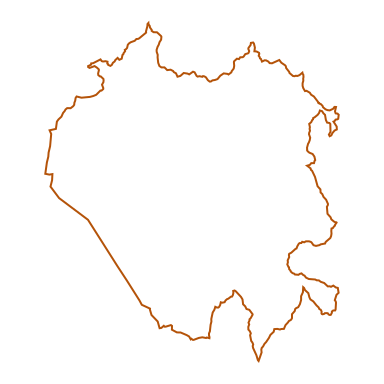 Morropon, Piura, Peru (Natural Earth projection)
{"feature_id": "86281439B77649611838615", "entity_name": "Morropon", "entity_type": "district", "adm_level": 2, "iso_a3": "PER", "parent_name": "Peru", "parent_adm1": "Piura", "projection": "natural_earth1", "projection_center": [-79.876, -5.271], "detail": "fine", "context": "isolated", "style": "outline", "palette": "amber", "viewbox_px": 384, "rotation_deg": 0, "n_neighbors": 0, "source": "geoboundaries", "source_scale": "gbopen_adm2", "svg_char_len": 5893}
<svg xmlns="http://www.w3.org/2000/svg" viewBox="0 0 384 384"><path d="M148.4,23.0L147.5,24.0L147.4,26.1L146.0,31.4L146.1,32.6L139.1,38.4L138.1,38.9L136.4,39.0L134.7,40.8L130.6,42.3L128.9,43.5L127.8,44.8L127.1,47.9L126.0,49.2L124.8,49.9L125.1,51.2L123.5,53.3L123.3,54.3L122.5,54.9L121.7,58.7L119.3,59.8L117.6,57.9L115.2,60.2L114.7,61.4L112.9,62.8L111.8,64.9L110.4,65.9L108.2,64.9L107.8,63.7L107.3,63.5L107.5,61.7L105.6,61.2L103.0,61.5L101.7,61.1L100.5,59.4L93.1,63.2L91.2,63.4L91.0,64.7L88.1,66.1L88.2,67.1L89.6,67.9L94.6,66.1L97.0,67.7L98.8,69.4L98.9,70.2L98.1,73.5L98.3,75.1L99.9,76.4L100.7,76.4L103.4,78.9L103.6,80.2L103.4,82.2L102.0,84.7L103.3,88.1L103.2,89.1L101.5,90.6L100.4,90.6L96.2,94.8L93.3,96.0L90.0,96.9L81.5,97.7L76.6,96.5L75.6,98.0L75.2,100.7L74.4,102.7L74.2,104.8L73.2,106.2L70.6,108.2L67.2,108.1L65.5,109.5L64.7,111.0L63.1,112.9L61.4,116.7L58.5,119.4L56.9,121.6L55.9,128.9L49.6,130.3L51.2,134.0L50.1,146.2L48.6,152.6L48.3,156.7L46.9,162.4L45.3,173.8L49.4,174.6L52.4,174.1L52.1,180.1L50.5,186.6L59.1,198.1L88.0,219.8L117.4,266.1L127.1,280.9L139.5,300.5L141.8,304.8L150.0,308.6L149.9,309.5L151.5,315.0L157.7,321.5L159.6,328.2L161.4,327.9L163.8,325.8L164.6,326.7L165.6,326.7L170.9,325.1L172.0,325.9L171.9,329.7L176.9,332.4L180.6,332.5L186.7,335.1L189.1,336.5L190.7,339.3L191.3,338.7L192.9,339.9L193.6,339.9L198.9,337.9L202.3,337.3L206.1,338.0L206.8,337.5L209.4,338.2L209.5,337.2L209.0,335.3L209.0,333.4L209.9,331.3L210.6,324.7L211.4,321.7L211.3,319.0L212.7,312.5L214.4,309.7L215.3,306.8L216.8,307.5L218.4,307.5L219.2,306.8L220.2,304.9L220.8,302.3L222.2,302.7L224.6,302.2L225.5,300.5L227.1,299.1L228.3,298.7L230.9,296.7L232.0,296.6L232.8,295.3L233.4,292.9L233.2,290.9L234.6,290.5L235.8,291.3L241.0,296.9L242.5,299.4L243.1,304.3L245.2,306.3L246.5,309.0L249.3,309.8L252.6,314.2L252.6,314.7L250.7,318.1L249.5,319.3L249.6,320.2L248.5,322.7L249.2,324.4L248.3,326.9L248.4,329.6L249.8,331.2L250.8,333.3L250.1,335.2L251.2,340.9L252.4,342.5L253.2,344.5L252.7,346.0L253.1,348.0L256.4,355.2L257.9,360.2L258.6,361.0L261.6,352.4L261.3,349.7L261.7,348.0L263.1,346.4L264.5,343.8L266.1,342.1L269.0,337.8L270.4,334.9L273.7,331.8L274.3,329.1L277.4,328.9L280.0,329.5L281.2,329.0L283.9,328.9L285.5,325.1L288.0,322.4L288.8,321.1L290.9,319.9L291.5,319.1L292.0,318.1L292.0,314.2L294.7,311.1L295.2,309.0L296.2,308.1L298.2,307.2L299.9,304.2L301.1,300.0L301.1,296.2L302.9,292.3L303.2,287.2L304.1,288.0L305.0,290.1L308.3,293.1L309.4,297.3L310.4,299.4L313.3,301.4L316.5,305.4L318.6,307.4L319.4,309.1L320.7,309.7L321.6,311.4L321.5,313.5L322.0,314.1L322.7,314.3L324.3,313.8L324.8,313.2L326.9,313.1L327.8,313.3L328.6,314.5L329.9,315.0L330.8,314.8L331.9,312.7L331.9,311.5L333.2,310.5L335.2,310.4L335.6,309.4L336.0,302.7L335.7,301.4L334.8,300.2L336.5,294.8L338.6,292.8L337.8,287.9L335.9,287.5L333.3,285.6L331.0,286.8L329.8,286.3L327.8,286.4L324.2,283.0L320.7,281.8L318.9,280.4L316.7,280.3L315.2,279.5L308.8,279.0L306.0,277.6L304.5,275.6L303.2,275.0L301.5,273.4L299.7,273.9L298.5,274.8L294.9,274.5L294.2,273.7L292.5,273.1L290.7,271.5L290.5,270.6L289.2,269.2L289.0,267.3L288.5,267.0L287.3,264.4L287.9,262.4L287.7,260.3L289.2,257.1L288.9,255.0L289.2,253.8L291.3,252.7L295.5,248.9L296.5,248.5L297.3,246.3L298.8,243.7L299.6,243.1L301.4,243.0L302.2,241.8L304.2,242.3L306.0,241.3L308.9,241.3L310.8,241.9L311.5,242.4L313.5,245.2L316.0,245.9L319.6,245.1L320.5,244.4L325.1,243.5L325.5,242.3L326.2,241.5L330.3,238.0L331.1,236.1L331.5,233.7L331.3,231.0L331.5,228.5L332.8,228.1L334.2,226.2L334.9,225.7L335.1,224.7L336.6,222.6L336.4,222.3L335.5,222.3L334.0,221.6L331.3,219.3L330.6,217.3L327.5,213.8L326.9,206.8L327.8,205.2L328.0,204.0L326.1,199.7L323.5,196.9L322.3,194.1L320.6,192.5L320.4,189.4L317.6,186.3L315.0,176.9L312.1,170.8L310.9,169.8L310.6,168.4L307.1,165.7L309.8,164.9L311.3,163.1L314.0,163.1L314.6,160.8L315.2,160.1L314.4,156.6L312.6,154.0L309.4,152.7L307.6,151.2L307.0,150.0L307.2,149.4L307.0,147.8L308.1,143.7L308.8,142.6L309.7,140.3L310.2,137.7L309.0,134.2L309.2,132.7L310.0,130.8L309.6,128.9L309.9,127.2L309.2,123.9L311.2,122.2L312.3,119.9L313.0,119.4L313.2,118.0L314.5,117.4L317.7,114.8L319.1,112.9L319.9,110.5L322.1,111.2L323.4,113.3L325.0,114.8L325.9,120.0L327.1,122.6L329.5,123.0L330.3,124.0L330.5,131.8L328.9,134.6L329.7,136.2L331.3,135.4L332.4,133.1L334.6,130.5L336.8,129.5L336.7,126.6L333.5,121.6L334.5,121.2L335.6,119.6L337.5,119.3L338.2,118.8L338.7,114.8L337.5,113.6L335.7,113.4L335.4,112.8L335.0,111.3L336.0,107.0L335.0,106.9L334.7,107.6L334.2,107.3L333.1,108.8L329.7,110.4L327.4,110.1L325.5,109.3L323.1,107.3L322.5,105.8L320.7,104.0L319.5,103.7L319.2,103.0L318.6,103.1L318.1,102.7L318.1,102.0L313.9,96.5L311.1,94.7L309.8,92.7L306.5,90.8L305.0,91.1L303.3,88.2L302.6,85.9L302.6,83.2L303.3,80.8L303.2,78.5L303.5,77.0L303.3,74.7L302.6,73.7L302.4,72.7L299.5,75.1L298.1,75.7L297.1,76.0L295.9,75.7L294.6,76.2L293.0,76.0L289.5,73.0L289.2,71.9L286.2,68.1L285.8,66.2L285.1,65.3L281.3,62.7L279.3,60.0L272.0,63.3L269.6,63.1L268.4,61.6L266.1,60.4L264.6,60.3L262.0,61.6L260.9,58.9L260.0,58.4L259.6,56.9L258.7,55.8L259.3,53.8L259.0,52.8L256.6,51.5L254.4,51.3L254.9,47.6L253.9,43.5L253.1,42.5L250.9,42.9L250.6,45.0L248.5,47.9L248.3,48.9L249.2,51.1L248.6,52.8L247.9,53.4L245.3,54.1L243.6,56.6L242.7,57.2L240.2,57.3L239.0,59.1L236.9,58.7L234.1,61.3L233.9,62.0L234.2,65.9L233.7,68.6L231.7,71.2L231.3,72.4L228.5,74.5L227.6,73.9L223.7,73.4L220.3,75.7L217.5,79.1L214.9,80.0L212.4,80.4L210.9,81.5L209.7,81.6L207.9,80.2L205.9,77.3L204.4,76.4L203.0,76.1L202.3,76.8L199.5,76.2L197.6,76.6L196.6,75.9L194.6,72.3L193.0,71.7L189.2,74.4L187.6,73.6L183.7,73.0L180.4,75.9L177.5,76.7L176.0,73.3L173.8,72.1L173.1,71.0L170.6,69.7L167.2,70.1L164.5,67.4L161.4,67.4L159.4,66.0L158.2,62.8L157.6,57.4L157.7,54.8L156.7,51.9L156.6,49.9L157.6,46.8L158.8,44.6L159.5,42.2L161.1,39.7L161.4,36.8L161.1,36.1L157.0,32.3L153.6,32.2L151.7,30.9L151.7,29.9L149.9,27.4L149.8,26.1L148.5,24.2L148.4,23.0Z" fill="none" stroke="#b45309" stroke-width="2"/></svg>